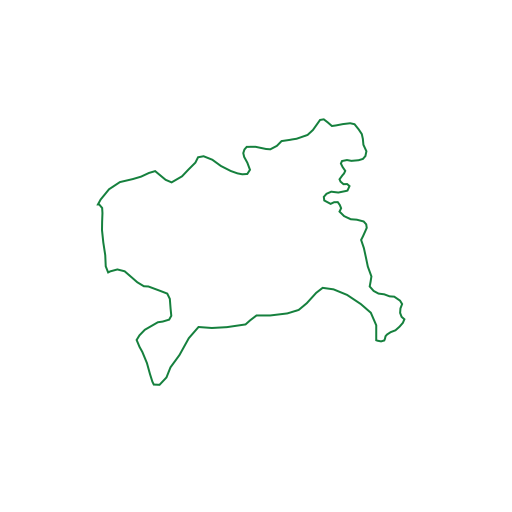 an SVG outline of Štip, rotated 131°
{"feature_id": "MKD-2911", "entity_name": "Štip", "entity_type": "Statistical Region", "adm_level": 1, "iso_a3": "MKD", "parent_name": "North Macedonia", "parent_adm1": "", "projection": "orthographic", "projection_center": [22.131, 41.705], "detail": "fine", "context": "isolated", "style": "outline", "palette": "green", "viewbox_px": 512, "rotation_deg": 131, "n_neighbors": 0, "source": "natural_earth", "source_scale": "10m", "svg_char_len": 2260}
<svg xmlns="http://www.w3.org/2000/svg" viewBox="0 0 512 512"><g transform="rotate(131 256 256)"><path d="M179.7,334.6L173.9,328.0L168.7,318.7L166.1,315.2L159.2,312.5L152.5,312.1L146.1,306.6L144.2,305.1L140.9,302.3L130.8,296.5L123.5,295.7L111.3,296.9L109.1,295.1L108.4,294.5L108.1,289.5L108.1,284.0L105.0,281.3L99.5,277.0L94.0,272.0L91.9,268.1L93.1,261.5L94.6,256.1L97.5,252.2L101.6,247.9L104.5,241.4L108.8,239.0L112.6,239.0L116.4,241.4L121.6,246.4L123.9,250.3L127.9,253.4L130.5,252.6L132.0,249.1L133.2,244.5L136.0,243.7L138.4,243.7L143.3,243.3L144.4,241.0L144.4,237.1L141.9,234.4L141.9,231.3L144.5,230.5L146.6,229.9L147.7,230.6L154.1,235.5L158.1,241.4L162.8,243.6L166.9,243.6L169.3,240.9L167.7,233.9L164.1,232.3L161.7,229.6L162.5,226.3L164.1,223.1L167.7,222.1L168.1,215.6L166.1,208.6L162.5,203.8L159.3,197.4L159.8,193.6L162.1,190.9L165.3,189.9L170.9,188.2L174.9,187.2L179.3,179.7L184.9,172.2L190.6,164.7L195.7,155.5L200.0,152.8L204.4,150.2L205.2,144.3L204.0,138.9L200.8,134.1L198.8,128.7L196.0,125.0L195.2,118.0L196.4,114.2L200.8,112.6L204.4,109.9L206.4,106.2L206.4,102.5L210.1,101.3L215.2,101.3L220.6,102.0L225.1,104.4L229.3,105.6L231.6,105.6L233.8,104.4L235.6,103.8L238.4,105.6L240.2,108.7L240.7,110.0L229.4,119.8L223.5,132.1L223.5,145.3L225.6,161.7L230.3,175.6L236.3,184.8L244.3,186.4L258.3,186.7L268.7,188.4L278.8,194.7L291.6,206.3L300.5,216.6L308.3,218.2L314.5,219.0L328.8,231.3L339.3,242.1L347.3,252.8L362.1,252.8L380.9,248.8L396.1,247.5L406.4,243.9L416.5,244.3L420.1,248.8L418.8,251.8L414.7,258.5L408.4,268.0L403.0,278.8L401.0,284.3L397.7,291.0L392.3,291.9L384.6,291.5L376.8,288.8L370.4,286.6L366.7,283.4L361.0,279.8L356.7,280.7L351.6,286.1L344.9,292.9L342.6,298.3L345.2,305.5L349.6,317.2L352.4,320.8L353.7,328.4L353.7,338.3L353.7,345.1L357.1,351.8L363.2,355.9L365.4,356.8L362.4,362.6L354.3,370.3L345.9,380.2L337.5,389.2L331.1,394.6L324.4,400.0L320.7,403.6L320.0,408.1L320.8,409.1L315.3,410.3L302.0,410.7L289.5,407.2L278.7,399.4L271.5,394.8L263.6,391.3L258.1,387.8L257.8,374.2L255.8,368.0L244.4,364.1L235.1,363.7L225.3,363.0L219.5,364.5L215.1,361.0L212.0,352.1L211.1,341.6L208.4,330.8L205.8,324.2L203.3,319.9L199.8,316.4L194.9,317.1L191.3,323.7L189.0,329.9L186.7,333.1L183.2,334.6L179.7,334.6Z" fill="none" stroke="#15803d" stroke-width="2"/></g></svg>